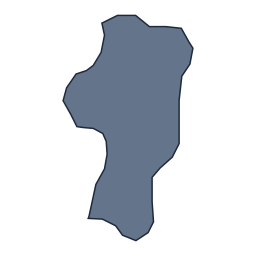 outline of Mullsjö, Västra Götaland, Sweden
{"feature_id": "70781695B30148016618551", "entity_name": "Mullsjö", "entity_type": "district", "adm_level": 2, "iso_a3": "SWE", "parent_name": "Sweden", "parent_adm1": "Västra Götaland", "projection": "mercator", "projection_center": [13.852, 57.962], "detail": "fine", "context": "isolated", "style": "filled", "palette": "slate", "viewbox_px": 256, "rotation_deg": 0, "n_neighbors": 0, "source": "geoboundaries", "source_scale": "gbopen_adm2", "svg_char_len": 640}
<svg xmlns="http://www.w3.org/2000/svg" viewBox="0 0 256 256"><path d="M192.9,48.2L189.0,42.1L181.3,28.3L165.8,26.6L149.4,26.6L135.6,15.4L117.5,15.4L112.4,17.9L101.9,23.1L104.5,35.2L101.1,52.4L93.3,65.4L86.4,70.6L76.1,74.0L66.6,87.8L63.1,100.7L70.9,114.6L76.4,125.6L76.9,126.6L83.0,127.5L93.3,128.4L102.8,133.5L106.2,141.3L107.1,154.2L104.5,168.9L95.9,184.4L91.6,204.3L89.0,216.3L88.2,218.4L102.3,219.1L115.7,225.8L122.5,235.2L135.9,240.6L148.1,232.6L150.8,227.2L153.5,221.8L152.1,201.6L152.1,177.3L160.2,167.9L172.3,157.1L179.1,143.6L179.1,100.5L181.8,76.2L189.9,64.1L192.9,48.2Z" fill="#64748b" stroke="#1e293b" stroke-width="1.5"/></svg>